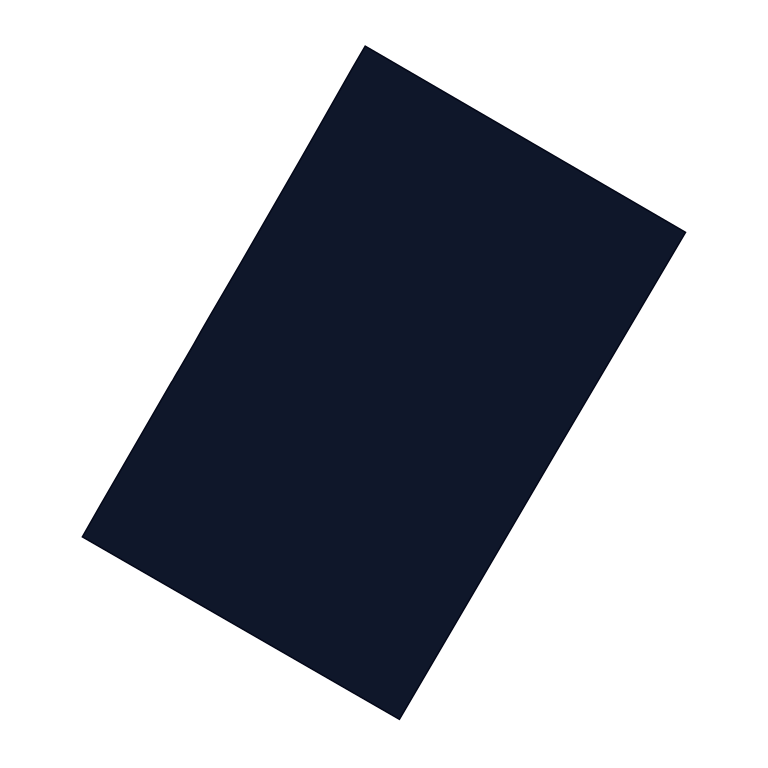 Chautauqua, Kansas, United States of America, rotated 120°
{"feature_id": "52423323B34946311974500", "entity_name": "Chautauqua", "entity_type": "district", "adm_level": 2, "iso_a3": "USA", "parent_name": "United States of America", "parent_adm1": "Kansas", "projection": "robinson", "projection_center": [-96.23, 37.151], "detail": "fine", "context": "isolated", "style": "filled", "palette": "ink", "viewbox_px": 768, "rotation_deg": 120, "n_neighbors": 0, "source": "geoboundaries", "source_scale": "gbopen_adm2", "svg_char_len": 447}
<svg xmlns="http://www.w3.org/2000/svg" viewBox="0 0 768 768"><g transform="rotate(120 384 384)"><path d="M101.9,198.7L100.8,569.2L126.3,569.3L212.0,568.7L233.3,568.6L349.5,568.5L352.3,568.5L411.6,568.8L429.3,568.8L444.7,568.6L444.8,568.6L475.7,568.7L477.4,568.8L480.1,568.8L482.7,568.8L486.6,568.7L488.7,568.9L630.3,569.0L667.2,568.8L666.8,256.0L666.7,203.0L356.3,201.1L101.9,198.7Z" fill="#0f172a" stroke="#020617" stroke-width="1.5"/></g></svg>